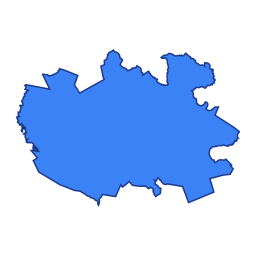 outline of Valle de Zaragoza, Chihuahua, Mexico, rotated 181°
{"feature_id": "50627088B5175300489414", "entity_name": "Valle de Zaragoza", "entity_type": "district", "adm_level": 2, "iso_a3": "MEX", "parent_name": "Mexico", "parent_adm1": "Chihuahua", "projection": "orthographic", "projection_center": [-105.86, 27.48], "detail": "fine", "context": "isolated", "style": "filled", "palette": "blue", "viewbox_px": 256, "rotation_deg": 181, "n_neighbors": 0, "source": "geoboundaries", "source_scale": "gbopen_adm2", "svg_char_len": 5839}
<svg xmlns="http://www.w3.org/2000/svg" viewBox="0 0 256 256"><g transform="rotate(181 128 128)"><path d="M231.9,168.5L230.7,167.9L230.8,166.6L231.6,164.9L228.4,164.0L229.1,163.2L230.4,162.6L230.6,161.0L231.5,161.0L232.1,160.5L232.2,159.8L231.8,158.1L233.3,156.8L233.0,155.3L234.5,153.7L234.7,152.5L233.7,151.3L233.4,148.6L234.0,148.4L235.6,148.9L236.5,148.6L235.5,146.7L235.3,145.5L235.9,144.7L236.2,142.0L238.1,141.9L237.9,140.9L238.0,139.5L236.9,137.6L237.6,137.3L238.7,137.6L239.3,137.0L238.5,136.5L239.1,135.5L237.7,133.5L237.6,132.9L238.3,132.8L238.5,131.9L236.4,130.0L236.5,129.2L235.3,129.2L234.9,129.7L235.0,129.1L234.1,129.7L233.7,128.7L233.0,129.0L232.4,128.3L232.9,127.9L233.3,128.1L233.9,127.5L233.6,127.0L234.0,126.9L233.8,125.4L234.7,123.6L234.1,123.1L234.2,122.9L233.8,122.3L233.5,122.3L233.4,122.9L233.7,123.8L233.0,125.5L232.6,125.5L232.7,126.1L231.7,127.1L231.5,126.6L230.7,126.8L230.6,126.6L230.9,126.1L230.5,126.1L230.5,125.6L231.1,125.0L230.0,123.4L230.3,123.0L230.2,122.6L229.4,121.8L230.0,121.2L231.6,121.0L231.6,120.6L232.3,120.1L230.4,119.3L230.7,117.1L229.9,115.7L229.3,115.3L229.5,114.9L228.2,115.2L229.4,113.8L229.0,112.9L229.4,112.5L229.2,112.6L229.4,112.2L228.4,111.6L228.2,111.9L227.1,111.6L226.8,112.0L225.3,111.4L224.7,111.8L223.8,111.6L222.8,110.9L221.8,109.6L222.1,109.2L221.9,108.9L222.4,108.6L222.3,108.0L221.7,108.1L222.3,106.9L222.6,106.9L222.5,105.7L221.5,107.3L221.2,106.9L221.4,106.3L221.9,105.9L222.0,105.1L221.1,106.0L221.0,105.3L221.3,104.6L220.8,105.0L220.5,104.5L220.8,105.6L220.7,107.9L220.4,108.1L219.8,107.0L219.3,106.9L219.3,106.1L219.0,106.4L218.6,106.1L219.5,104.1L218.3,105.2L217.7,105.1L217.5,104.3L217.8,104.1L217.7,103.9L218.0,103.3L217.2,103.5L217.0,103.2L224.4,103.8L218.4,96.7L220.0,95.0L222.2,93.9L216.4,82.4L195.2,70.2L180.5,64.7L174.1,63.9L173.3,63.0L169.8,61.2L167.5,59.4L165.0,58.9L164.7,58.1L164.2,57.7L161.2,57.1L159.3,55.1L157.6,55.0L156.9,52.9L156.8,51.3L156.1,50.3L155.5,52.0L155.2,54.5L155.5,56.7L154.1,57.9L152.2,61.1L139.2,59.2L134.3,71.0L132.5,68.9L129.4,71.2L126.1,74.5L122.4,70.7L113.8,69.9L112.7,70.3L110.9,70.0L109.5,70.4L108.1,68.9L106.2,67.7L103.9,69.1L101.5,67.2L101.8,66.3L101.4,66.0L101.4,65.5L101.8,64.7L101.0,63.6L100.9,62.3L99.6,61.0L99.3,60.0L94.5,63.1L94.1,68.3L94.8,68.5L95.3,68.3L97.8,71.2L99.6,72.3L100.2,73.3L99.4,74.8L100.6,76.3L98.5,76.0L97.3,78.8L95.8,77.5L95.2,76.5L94.4,76.6L93.9,75.2L91.6,72.7L89.2,72.1L87.7,72.8L72.4,70.5L66.1,54.5L41.0,65.4L45.2,78.8L32.0,82.6L25.1,83.5L22.1,89.0L25.0,92.1L23.8,92.8L29.6,98.6L30.9,97.6L36.0,97.8L40.5,94.9L41.4,96.7L41.3,97.3L43.3,97.7L45.4,100.9L46.1,102.3L46.5,104.3L45.7,108.3L42.7,110.8L40.7,110.9L39.8,111.5L39.1,111.1L37.2,112.0L34.2,111.9L32.0,112.8L30.4,112.0L29.3,112.1L27.9,111.4L26.9,112.0L27.0,112.5L26.6,112.7L25.3,112.7L24.4,113.3L23.8,112.7L23.1,113.8L22.6,114.2L22.3,114.0L22.2,114.4L22.4,114.6L21.9,115.3L21.4,115.4L21.5,116.0L21.1,116.3L21.0,116.9L20.7,116.7L19.9,117.2L19.5,116.9L19.4,117.4L19.0,117.4L19.3,118.2L18.6,118.8L18.8,119.3L18.3,120.0L17.8,120.0L18.2,120.3L18.5,123.5L17.7,124.8L17.0,125.3L16.7,126.4L22.3,130.6L41.2,142.3L38.0,150.6L39.1,150.3L39.9,150.5L41.4,150.4L45.5,147.0L48.0,146.9L50.1,147.9L50.0,149.4L48.9,151.1L48.6,153.3L49.2,154.5L50.4,155.4L50.8,155.5L51.2,155.2L52.5,152.9L53.3,152.3L55.7,151.4L58.6,152.6L58.7,153.2L59.6,153.5L60.1,156.3L60.0,158.0L60.8,158.7L62.1,159.0L62.4,159.2L62.3,159.7L63.1,160.3L63.4,164.0L64.3,165.8L65.0,166.3L62.9,167.2L62.3,168.5L61.3,168.5L60.4,169.9L57.5,169.6L55.1,170.8L54.3,170.3L53.2,170.4L52.0,169.2L51.3,169.3L49.9,171.1L48.7,172.0L47.1,171.8L45.9,172.5L45.4,173.2L44.6,172.6L44.2,173.3L44.3,173.7L43.8,173.9L43.3,174.5L42.5,174.7L42.7,175.6L42.3,176.1L42.4,177.0L42.0,177.2L42.5,177.8L42.0,177.8L41.9,178.2L42.7,178.4L43.2,179.3L43.8,179.6L43.3,180.3L43.1,181.2L42.8,181.4L44.2,183.7L44.0,184.2L43.7,184.2L44.2,185.2L44.1,185.5L44.6,185.6L45.0,186.3L44.2,186.9L44.6,187.4L44.0,187.5L43.9,187.7L44.1,188.0L46.5,188.5L47.3,189.0L47.1,191.2L47.3,192.4L47.7,193.1L49.4,194.3L52.5,194.6L52.4,191.3L52.7,191.7L54.6,192.3L56.8,192.0L57.9,192.2L58.9,193.4L60.8,194.2L61.8,195.3L61.6,195.8L61.9,196.7L63.4,197.8L63.7,198.4L65.2,198.7L65.5,198.5L66.0,198.9L66.3,198.6L67.0,200.3L68.2,200.9L71.7,203.8L73.2,201.7L74.8,201.0L75.8,201.8L76.6,201.1L77.6,201.6L77.8,201.3L79.3,201.4L80.7,200.9L82.3,201.0L83.8,201.7L84.2,202.3L84.6,202.2L85.8,202.9L88.3,203.3L90.7,201.6L93.5,201.3L96.1,199.0L95.2,198.4L94.4,198.2L93.4,198.7L92.1,198.4L91.5,198.7L89.9,196.1L89.7,193.2L88.9,191.3L88.6,188.4L89.5,187.4L89.0,185.2L89.3,184.1L89.8,183.6L89.4,183.5L89.9,180.0L89.5,178.0L89.7,177.2L89.4,176.7L89.9,175.4L89.5,174.2L88.7,173.4L88.6,172.4L89.3,171.7L90.4,171.7L91.1,171.3L92.0,171.5L92.3,171.2L93.0,171.8L94.3,171.9L94.9,172.3L95.5,172.3L95.5,172.0L96.2,172.7L97.4,172.9L98.1,173.7L99.2,174.2L99.8,175.0L99.9,176.5L99.6,176.8L100.0,177.0L99.9,177.4L100.7,177.2L101.5,178.5L102.2,178.7L102.8,178.3L103.1,179.2L104.0,179.3L104.0,179.8L104.5,179.9L105.9,181.4L106.5,181.7L106.6,182.8L107.6,183.5L107.8,184.5L108.5,184.5L108.8,185.0L114.3,181.1L114.4,183.3L115.5,184.1L116.0,187.2L116.6,188.2L120.1,190.4L120.9,188.9L123.7,187.8L124.4,188.0L125.2,187.8L125.1,187.2L125.9,186.5L126.6,186.5L128.0,185.5L128.6,185.7L129.8,185.4L130.2,186.5L130.9,187.2L134.8,188.9L137.0,190.9L136.6,192.2L134.7,195.6L135.5,197.0L137.1,197.9L137.9,201.0L139.0,202.4L140.7,203.5L142.5,203.9L143.9,205.7L145.6,204.4L148.0,203.4L148.9,201.8L149.8,201.0L149.5,200.6L150.6,196.3L152.9,195.0L152.6,190.9L156.2,189.4L153.6,178.1L152.6,176.2L176.9,162.1L182.3,170.1L179.1,179.6L192.2,184.6L197.5,186.1L197.8,184.4L198.7,184.2L199.1,182.7L199.5,182.2L201.8,180.9L202.6,180.7L204.1,179.6L204.7,179.7L205.8,179.0L207.6,178.8L209.6,179.9L211.3,179.8L213.5,180.4L214.3,180.1L207.0,165.5L230.9,169.5L231.9,168.5Z" fill="#3b82f6" stroke="#1e3a8a" stroke-width="1.5"/></g></svg>